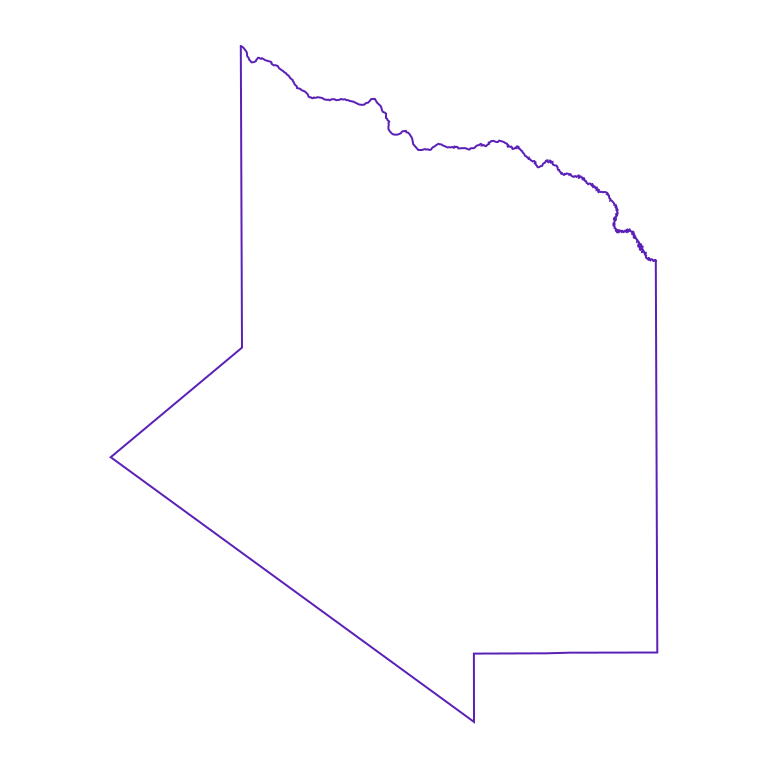 outline of Pilagás, Formosa, Argentina
{"feature_id": "61730980B93218501090462", "entity_name": "Pilagás", "entity_type": "district", "adm_level": 2, "iso_a3": "ARG", "parent_name": "Argentina", "parent_adm1": "Formosa", "projection": "albers", "projection_center": [-58.554, -25.093], "detail": "fine", "context": "isolated", "style": "outline", "palette": "violet", "viewbox_px": 768, "rotation_deg": 0, "n_neighbors": 0, "source": "geoboundaries", "source_scale": "gbopen_adm2", "svg_char_len": 6038}
<svg xmlns="http://www.w3.org/2000/svg" viewBox="0 0 768 768"><path d="M474.0,721.9L473.9,653.6L546.5,653.3L569.2,652.7L657.3,652.5L655.8,261.7L656.1,260.7L655.5,260.1L654.7,260.0L654.0,260.8L653.4,261.0L652.5,259.7L651.7,259.2L651.3,259.3L650.4,260.2L649.9,259.3L649.1,259.8L648.5,259.8L648.3,259.6L649.0,258.7L648.8,258.0L648.4,258.0L647.4,258.8L646.0,257.5L645.8,256.6L646.1,255.5L645.2,254.8L645.7,253.6L645.8,252.8L645.4,252.8L644.6,253.6L644.0,251.7L642.0,252.0L642.0,251.7L643.3,250.9L643.1,250.1L642.5,249.1L640.5,249.9L640.2,249.9L639.8,249.2L639.8,248.4L642.1,248.0L642.6,247.0L642.6,246.5L641.4,245.9L639.1,246.8L638.3,246.5L638.2,245.6L640.3,245.4L640.9,244.9L641.0,244.3L640.7,244.1L639.4,244.3L638.7,243.9L639.1,242.7L638.3,241.4L637.1,241.8L637.2,239.7L636.7,239.6L635.8,238.0L634.5,238.0L633.7,237.4L633.8,236.7L634.8,236.9L635.1,236.7L634.6,236.2L634.7,235.3L633.8,234.7L632.3,234.3L632.1,233.6L632.2,233.2L633.8,233.4L633.5,232.0L633.2,231.8L632.1,232.2L631.9,231.5L630.8,231.4L630.3,231.0L629.6,229.5L629.2,229.8L628.8,231.1L628.3,231.5L628.2,229.9L627.3,229.5L626.8,230.0L626.6,231.4L626.4,231.9L626.0,231.7L625.6,230.6L625.3,230.6L625.2,231.1L624.6,231.2L623.9,231.9L623.3,232.1L622.5,230.8L622.1,230.9L622.0,231.6L621.7,231.9L620.5,230.7L619.8,230.5L619.7,230.7L619.8,231.4L619.4,231.8L618.1,232.4L617.1,232.3L616.9,231.8L617.9,232.0L618.4,230.2L617.6,230.0L616.3,230.9L615.9,230.8L615.9,228.9L614.6,228.1L614.8,227.1L613.5,225.4L614.5,224.8L614.6,224.3L613.5,224.2L613.4,223.7L613.5,223.4L614.1,223.4L614.5,221.3L615.4,220.4L613.9,219.4L614.0,218.6L614.7,218.7L615.2,219.3L615.9,219.1L615.9,218.5L614.8,218.2L614.7,217.8L615.2,217.1L616.0,216.9L616.2,216.4L617.1,215.5L617.1,215.1L616.1,214.7L616.2,213.9L616.7,213.7L617.3,214.0L617.7,213.4L617.7,212.9L617.1,211.8L617.1,211.2L617.5,210.4L616.4,209.9L616.5,209.6L617.3,209.2L617.2,208.9L616.3,208.2L616.6,207.1L616.3,206.9L615.6,207.2L615.4,206.9L615.5,206.4L616.0,206.0L616.0,205.3L614.3,204.8L614.5,204.2L613.3,202.4L611.4,200.4L610.9,200.2L610.2,200.5L610.3,198.9L609.4,198.3L609.4,197.5L608.9,196.6L609.0,195.4L607.0,194.3L607.7,193.5L607.2,192.8L605.1,192.0L602.6,192.2L601.7,191.8L600.5,192.0L599.4,191.6L598.5,192.1L598.0,190.7L598.2,190.4L598.7,190.3L598.8,189.9L597.7,189.3L597.1,190.0L596.6,190.1L596.8,187.6L596.4,187.6L596.0,188.2L595.4,188.2L594.8,186.7L594.4,186.3L594.1,186.4L593.9,187.0L593.3,187.1L593.4,186.0L593.2,185.8L592.6,186.1L592.1,185.8L592.6,184.5L592.3,184.0L591.8,184.1L591.2,184.8L589.9,183.5L588.6,183.8L588.2,184.2L587.6,183.5L586.5,182.8L586.2,181.3L585.0,180.9L584.7,180.1L583.5,179.7L583.5,179.3L584.2,178.8L584.1,178.3L583.3,178.1L583.0,178.7L582.5,178.9L582.4,177.6L581.4,177.3L580.5,176.3L579.9,176.4L579.4,177.7L578.9,177.8L579.0,176.7L578.6,175.5L576.4,176.9L575.7,176.2L575.1,176.1L574.1,176.8L573.8,176.5L572.7,176.6L571.4,175.8L570.6,174.3L569.4,174.8L569.4,174.1L566.6,173.5L565.7,174.2L564.6,173.9L564.0,174.9L562.1,173.8L561.2,173.7L561.0,173.2L561.4,172.8L560.5,172.4L560.2,171.7L559.4,171.1L559.1,169.9L558.0,169.7L557.6,168.8L557.7,167.6L557.0,166.6L556.8,165.8L556.2,165.5L554.8,165.4L553.1,164.7L552.6,163.7L552.5,162.0L551.0,162.5L550.9,161.2L550.3,160.7L549.8,160.7L549.2,161.9L548.4,162.3L547.5,161.6L547.4,161.0L547.5,160.4L546.6,160.4L545.9,160.9L545.0,162.6L543.1,163.7L542.1,165.9L541.0,166.0L538.9,167.2L537.9,167.3L537.4,166.9L536.9,165.8L536.1,165.0L535.8,164.2L534.7,163.4L534.9,162.9L535.5,162.6L535.5,162.1L534.1,161.0L532.6,161.4L532.3,161.0L530.9,160.4L530.2,159.3L528.8,159.0L528.8,157.7L527.9,158.0L526.3,156.4L525.2,156.0L523.9,153.6L522.6,152.3L522.3,151.2L520.9,150.4L520.4,149.4L519.0,148.6L518.6,147.0L518.2,146.6L517.3,146.5L517.6,147.6L516.7,148.2L516.3,148.2L516.0,147.4L515.7,147.4L514.2,148.6L512.7,149.0L512.3,148.7L512.1,147.5L511.4,146.6L510.4,146.9L509.1,146.3L508.5,146.7L507.8,146.7L507.6,146.3L508.4,145.8L508.4,145.3L507.1,144.2L506.8,143.6L504.9,142.8L503.9,142.0L499.4,140.6L499.1,140.6L498.0,141.9L497.2,142.1L495.6,141.8L493.7,140.9L491.2,141.1L490.4,142.0L488.8,142.5L489.1,143.4L488.9,144.1L487.4,144.6L486.5,145.8L485.8,146.2L485.3,146.1L483.7,145.0L482.9,145.4L481.6,145.6L481.6,144.3L480.6,143.9L479.3,144.9L476.6,145.7L474.2,148.1L470.5,148.3L469.7,149.4L469.0,149.6L465.1,148.1L458.3,148.4L457.6,147.1L456.5,146.8L455.7,147.1L454.6,146.5L454.4,146.6L453.8,147.8L452.3,147.0L450.7,147.4L448.8,147.2L447.5,147.4L442.6,145.3L441.1,144.3L439.7,144.3L438.4,143.8L436.2,145.1L434.7,146.4L433.3,147.0L431.6,148.5L431.2,149.4L430.4,149.9L429.1,149.9L428.0,149.3L426.5,149.6L424.9,149.1L421.7,150.0L418.3,150.0L413.2,144.1L412.1,138.2L409.1,133.5L408.0,132.6L406.4,132.3L405.9,130.9L402.6,131.3L401.9,131.7L400.8,133.3L398.8,134.2L396.7,134.7L393.5,134.5L391.8,133.5L389.8,131.3L388.7,129.6L388.4,128.2L388.4,126.7L388.8,125.2L388.5,123.1L389.2,121.5L387.6,120.2L387.1,118.8L385.9,117.9L386.1,113.7L385.1,112.8L382.9,111.9L381.9,110.0L381.5,108.0L380.6,106.0L377.1,102.7L374.8,98.9L371.1,99.1L370.0,100.7L368.2,102.6L366.0,103.1L364.1,104.7L361.4,104.8L359.2,104.5L353.2,101.6L349.9,101.0L347.8,100.1L346.6,100.2L345.2,99.3L342.8,99.5L340.9,99.0L339.4,99.8L336.2,100.2L334.7,99.3L332.5,99.2L331.2,99.4L330.3,100.1L329.5,100.3L328.3,99.6L327.0,99.9L323.8,99.2L322.9,98.4L321.9,97.9L317.7,97.2L315.4,97.9L313.9,97.5L313.2,98.1L312.5,98.2L312.1,98.2L310.6,97.2L309.5,97.3L308.6,96.6L307.6,94.1L304.9,91.5L301.5,90.1L300.8,89.3L300.0,88.8L297.0,88.0L296.8,86.4L294.5,84.2L293.8,82.2L292.9,81.2L292.6,79.9L291.5,79.2L289.8,77.5L289.1,76.1L287.2,74.7L285.7,73.0L284.1,72.1L283.2,71.0L282.1,70.5L278.9,68.1L278.0,66.3L277.5,65.9L275.5,65.2L273.7,65.3L271.6,63.8L271.4,63.5L271.5,62.5L270.9,61.8L265.2,60.2L262.3,58.3L261.7,58.3L261.1,58.8L260.7,58.8L259.1,57.8L258.1,57.8L257.8,57.9L257.1,59.2L256.2,60.0L255.9,61.1L255.5,61.4L253.8,62.1L252.3,62.3L251.8,62.4L251.1,62.0L250.4,60.8L249.1,59.6L248.6,57.8L247.4,56.5L247.1,55.7L247.0,53.2L246.2,51.3L243.3,47.6L241.3,46.2L240.8,46.1L242.0,347.6L110.7,457.2L243.8,554.2L474.0,721.9Z" fill="none" stroke="#5b21b6" stroke-width="2"/></svg>